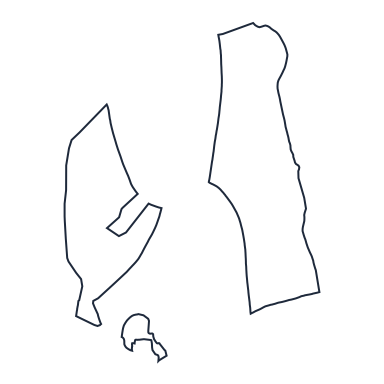 outline of Wald Rabi', Al Bayda', Yemen
{"feature_id": "15242507B62394973607201", "entity_name": "Wald Rabi'", "entity_type": "district", "adm_level": 2, "iso_a3": "YEM", "parent_name": "Yemen", "parent_adm1": "Al Bayda'", "projection": "equal_earth", "projection_center": [44.921, 14.611], "detail": "fine", "context": "isolated", "style": "outline", "palette": "slate", "viewbox_px": 384, "rotation_deg": 0, "n_neighbors": 0, "source": "geoboundaries", "source_scale": "gbopen_adm2", "svg_char_len": 5917}
<svg xmlns="http://www.w3.org/2000/svg" viewBox="0 0 384 384"><path d="M250.7,313.7L252.2,312.9L253.3,312.4L255.4,311.2L257.5,310.3L259.6,309.4L261.7,308.3L262.9,307.6L265.0,306.5L266.1,306.1L267.3,305.8L269.4,305.2L270.6,304.8L271.9,304.6L275.3,303.7L277.6,302.9L278.7,302.6L281.4,302.1L282.7,301.8L285.4,301.1L287.8,300.4L289.1,300.0L291.3,299.6L295.1,298.6L296.1,298.3L299.7,297.0L300.6,296.5L301.7,296.1L303.8,295.7L304.9,295.3L306.0,295.1L307.1,294.9L309.4,294.5L311.9,294.0L313.0,293.6L317.2,292.7L319.4,292.1L315.8,270.2L315.1,268.2L314.0,264.5L313.5,262.5L313.2,260.6L312.5,258.6L311.8,256.4L310.9,254.4L310.0,252.6L307.8,247.5L306.4,243.3L305.8,241.1L305.3,239.4L304.6,237.7L303.7,234.9L302.6,231.1L302.6,229.0L302.9,226.9L303.9,222.7L304.3,221.0L304.4,219.0L304.4,217.0L304.2,215.0L304.7,212.7L306.0,208.7L304.2,197.8L298.5,178.2L298.4,174.9L298.3,171.1L299.0,169.3L299.3,167.3L298.5,165.6L297.3,164.8L296.0,164.0L295.0,162.5L294.6,160.8L293.9,158.7L293.3,156.9L293.2,154.8L292.3,152.9L291.4,151.3L290.7,149.5L290.5,147.3L290.4,145.3L289.9,143.4L289.2,141.7L288.8,139.9L288.5,138.1L288.1,136.3L287.5,134.2L287.1,132.4L286.6,130.7L286.1,128.7L285.6,126.9L285.3,124.9L284.6,120.7L284.1,118.5L283.0,114.3L282.6,112.4L281.7,108.1L281.2,105.7L280.3,101.4L280.0,99.5L279.5,97.1L278.4,92.8L278.0,90.6L277.6,88.7L277.5,86.5L277.6,84.6L277.8,82.5L278.4,80.5L279.2,78.9L280.9,75.8L282.6,72.4L283.5,70.4L284.4,68.6L285.1,66.6L285.6,64.7L286.1,62.7L286.5,60.8L286.9,58.6L287.3,56.5L287.4,54.6L286.9,52.5L285.8,48.5L285.2,46.8L284.4,44.9L283.5,43.1L282.7,41.6L280.9,38.3L280.0,36.7L278.9,35.0L277.8,33.7L276.6,32.4L275.2,31.3L273.8,30.5L272.6,29.7L271.2,28.7L269.8,27.4L268.4,26.5L267.0,25.9L265.4,25.5L263.8,25.9L262.4,26.4L261.1,26.8L259.5,27.2L257.8,26.7L256.5,26.0L255.1,25.1L254.0,23.9L253.1,23.0L222.8,34.0L218.3,34.8L218.5,36.1L219.1,39.2L219.4,40.9L219.8,44.1L220.3,48.8L220.6,50.3L220.7,52.1L220.8,53.7L221.0,55.3L221.0,56.7L221.1,59.5L221.2,64.1L221.4,67.5L221.6,73.0L221.8,76.3L221.9,79.9L221.9,82.6L221.8,84.5L221.8,86.0L221.7,87.3L221.6,88.8L221.5,90.2L221.5,91.5L221.0,96.2L220.9,97.7L220.7,99.7L219.8,107.2L219.7,108.5L219.2,113.7L219.0,115.3L218.5,118.3L217.9,123.3L216.9,129.5L216.6,130.9L216.1,134.1L215.8,135.4L215.4,138.5L214.8,141.7L214.3,145.3L213.6,151.5L213.3,153.2L213.0,155.5L212.6,158.2L212.4,159.8L212.1,161.2L211.9,162.5L209.8,176.8L209.7,177.4L209.3,179.7L209.0,180.9L208.8,182.1L209.5,182.7L211.8,183.9L212.8,184.3L215.1,185.5L216.0,186.0L217.0,186.6L218.8,188.0L220.5,189.6L222.3,191.7L223.2,192.6L224.1,193.8L225.0,194.8L225.5,195.6L226.4,196.7L227.1,197.6L228.2,199.1L229.9,201.4L231.8,204.1L233.1,206.3L236.6,212.6L238.7,217.5L239.2,218.8L239.6,220.2L240.5,223.1L240.8,224.4L241.2,226.0L241.6,227.5L242.0,228.9L242.3,230.2L242.6,231.8L243.2,235.0L243.9,239.0L244.6,243.7L244.7,245.1L245.3,249.6L245.4,251.4L245.5,252.9L245.7,257.3L245.8,258.7L245.9,261.9L245.9,263.3L246.2,266.7L246.3,269.5L246.4,271.0L246.5,273.0L246.7,275.9L247.0,278.9L247.3,282.4L247.5,283.9L248.1,289.2L248.3,290.7L248.4,292.2L248.7,295.0L249.4,300.6L249.6,302.1L249.7,303.6L249.8,304.9L250.0,306.3L250.2,307.9L250.4,311.0L250.5,312.4L250.7,313.7ZM106.7,104.5L79.7,132.3L71.6,140.0L69.0,148.3L66.2,165.4L66.1,190.0L65.9,192.0L64.6,203.7L64.6,216.5L64.8,221.2L65.8,238.6L67.2,258.0L68.5,261.5L76.1,272.8L81.1,279.1L82.3,286.3L79.2,300.3L78.5,300.8L78.3,301.7L78.0,304.4L77.8,305.7L77.5,306.9L77.4,307.7L77.2,308.6L77.1,309.9L76.8,311.2L76.8,311.4L76.1,316.1L94.4,325.0L97.6,326.0L98.2,325.7L99.8,325.2L101.1,324.0L100.7,323.3L100.1,321.8L99.0,318.7L98.2,316.1L97.9,314.8L97.8,314.2L94.6,307.3L93.0,303.3L93.3,300.9L98.1,298.3L114.6,283.2L125.1,273.4L126.2,272.4L127.0,271.6L127.8,270.7L129.5,268.8L131.5,266.7L132.5,265.6L133.4,264.7L134.5,263.5L135.6,262.3L136.6,261.1L137.5,260.0L138.3,259.0L139.0,257.9L139.6,256.9L141.1,254.3L141.8,253.2L143.1,250.6L144.5,247.9L145.8,245.5L147.9,241.7L148.5,240.4L149.2,239.1L151.2,235.7L151.9,234.5L153.2,231.9L155.1,227.9L155.7,226.5L156.3,225.1L156.8,223.7L157.3,222.3L158.3,219.4L159.2,216.9L159.6,215.5L159.9,214.1L160.3,212.8L161.1,209.8L161.5,208.1L158.9,207.5L155.9,206.5L153.7,205.7L152.3,205.2L151.2,204.8L148.6,203.6L126.0,232.5L118.9,236.1L107.0,228.1L119.1,217.3L121.5,209.1L122.5,207.9L137.7,193.9L136.2,192.0L135.3,190.8L134.5,189.6L132.9,187.3L132.2,186.1L131.6,185.0L131.0,183.8L129.7,180.0L128.1,175.8L127.0,173.4L125.9,170.8L123.7,165.6L123.2,164.4L122.3,161.9L120.5,156.4L118.1,149.8L117.7,148.6L116.4,144.5L116.0,143.1L115.6,141.7L113.1,133.3L111.7,127.8L111.0,124.8L110.6,123.1L110.4,121.7L110.2,120.3L109.8,118.8L109.6,117.4L109.2,114.5L109.0,113.1L108.6,110.2L108.2,108.9L107.9,107.5L107.4,106.1L106.7,104.5ZM166.6,355.7L165.3,350.6L164.5,350.0L159.8,344.0L159.4,343.3L158.8,343.1L158.0,343.4L157.1,343.3L156.7,343.0L156.2,342.3L155.8,341.8L155.2,341.0L154.6,339.9L154.2,339.5L153.3,336.6L153.1,334.2L152.4,333.5L151.2,333.5L150.6,333.7L149.9,333.7L148.7,333.1L148.3,332.2L148.3,330.6L148.7,325.4L149.0,320.9L148.2,318.8L143.5,315.3L138.4,314.1L137.0,314.5L136.3,314.5L135.1,314.8L134.1,315.0L133.1,315.4L132.2,315.8L131.2,316.5L130.3,317.2L129.5,317.9L127.7,319.7L126.9,320.6L125.4,322.8L124.6,324.2L123.9,325.4L123.1,328.1L122.8,329.6L122.3,332.7L121.7,337.0L122.2,337.2L123.1,337.9L123.8,338.9L124.2,340.2L124.3,341.6L124.3,343.1L124.4,344.5L125.0,345.8L125.7,346.9L126.5,347.8L127.5,348.5L128.4,349.1L130.3,350.2L132.1,350.7L132.0,350.3L131.9,349.6L131.9,349.3L131.8,348.8L131.9,347.9L132.0,347.8L132.0,346.7L132.2,346.4L132.1,345.4L132.0,344.5L132.0,344.1L132.1,343.5L132.2,343.2L133.1,343.2L134.6,343.5L134.7,342.1L135.1,340.4L135.3,339.9L135.8,339.7L137.5,339.8L139.6,339.7L143.6,339.2L144.2,339.2L150.8,340.0L151.3,340.2L151.7,342.2L151.9,343.5L152.1,347.6L152.5,350.1L154.5,353.0L155.3,354.2L157.5,355.0L158.2,355.5L158.6,357.0L158.7,357.6L158.4,361.0L159.0,360.4L162.7,358.1L166.6,355.7Z" fill="none" stroke="#1e293b" stroke-width="2"/></svg>